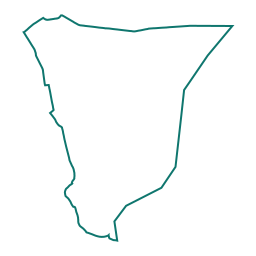 Nasr City, Al Qahirah, Egypt
{"feature_id": "37247803B64528254011318", "entity_name": "Nasr City", "entity_type": "district", "adm_level": 2, "iso_a3": "EGY", "parent_name": "Egypt", "parent_adm1": "Al Qahirah", "projection": "robinson", "projection_center": [31.337, 30.032], "detail": "fine", "context": "isolated", "style": "outline", "palette": "teal", "viewbox_px": 256, "rotation_deg": 0, "n_neighbors": 0, "source": "geoboundaries", "source_scale": "gbopen_adm2", "svg_char_len": 4454}
<svg xmlns="http://www.w3.org/2000/svg" viewBox="0 0 256 256"><path d="M86.5,232.4L88.6,233.0L89.6,233.4L91.9,234.2L93.6,234.9L94.6,235.3L95.6,235.7L97.7,236.3L99.5,236.7L101.7,236.9L103.0,236.8L103.8,236.8L104.9,236.6L105.7,236.4L106.5,236.2L107.5,235.8L108.3,235.5L108.6,235.2L108.6,235.7L108.8,236.1L108.9,236.5L109.0,237.4L109.3,238.0L109.5,238.4L113.4,240.1L115.9,240.3L117.2,240.6L114.4,221.4L126.1,205.8L161.4,187.8L175.5,166.9L181.4,114.7L184.1,90.0L188.8,83.2L207.7,55.5L232.3,26.0L189.8,25.8L187.4,26.0L185.7,26.1L182.8,26.3L180.0,26.5L176.9,26.7L174.1,26.9L169.2,27.2L166.3,27.5L162.4,27.7L159.5,27.9L155.7,28.2L153.2,28.3L150.5,28.5L149.3,28.6L148.9,28.6L148.5,28.7L147.6,29.0L145.6,29.3L142.8,29.9L140.9,30.3L138.4,30.7L136.5,31.1L134.8,31.4L134.1,31.4L133.6,31.4L132.6,31.3L131.5,31.1L130.0,31.0L126.6,30.6L124.9,30.4L121.5,30.0L117.4,29.5L113.7,29.1L112.1,28.9L109.3,28.5L109.1,28.5L107.7,28.4L105.3,28.3L105.1,28.3L104.8,28.2L102.4,27.9L99.2,27.6L95.6,27.1L91.5,26.6L84.2,25.8L84.1,25.7L83.0,25.6L80.1,25.3L79.1,25.0L78.3,24.7L77.4,24.2L76.9,23.9L74.3,22.5L72.8,21.5L72.5,21.4L72.2,21.2L71.9,21.0L71.7,20.9L71.2,20.6L68.8,19.2L66.2,17.7L65.4,17.2L64.9,16.9L64.4,16.6L63.3,16.0L63.1,15.9L62.2,15.4L61.9,15.4L61.7,15.4L61.4,15.4L61.0,15.4L60.9,15.5L60.7,15.8L60.5,16.0L60.4,16.2L60.3,16.3L60.1,16.6L59.9,16.8L59.7,17.0L59.4,17.3L59.2,17.5L58.8,17.8L58.7,17.8L58.5,18.0L58.4,18.0L58.2,18.1L57.9,18.2L57.7,18.3L57.2,18.4L56.9,18.4L56.8,18.5L56.7,18.5L56.0,18.6L55.7,18.6L55.4,18.7L55.1,18.7L54.9,18.7L54.7,18.8L54.2,18.8L53.8,18.9L53.5,19.0L53.3,19.0L53.0,19.0L52.7,19.1L52.2,19.1L51.8,19.2L51.5,19.3L51.3,19.3L51.1,19.3L50.9,19.3L50.6,19.4L50.3,19.4L50.1,19.5L49.8,19.5L49.7,19.5L49.4,19.6L49.2,19.6L48.9,19.7L48.7,19.7L48.4,19.7L48.0,19.8L47.9,19.8L47.7,19.8L47.4,19.8L47.2,19.8L46.9,19.8L46.7,19.7L46.4,19.7L46.2,19.6L45.8,19.5L45.7,19.5L45.6,19.4L45.4,19.4L45.2,19.3L45.1,19.2L44.9,19.1L44.7,19.0L44.6,18.9L44.4,18.8L44.3,18.7L44.2,18.6L43.8,18.4L43.6,18.2L43.4,18.1L43.2,17.9L39.8,20.0L38.3,21.0L36.1,22.5L33.8,23.9L33.5,24.1L32.5,24.9L31.1,26.1L30.8,26.3L30.3,26.8L29.4,27.5L27.9,28.9L27.1,29.7L26.3,30.3L25.5,31.0L24.3,32.0L23.7,32.2L25.2,34.6L26.0,35.9L27.1,37.7L27.7,38.5L28.2,39.4L28.6,40.0L29.0,40.7L29.3,41.1L29.5,41.5L29.8,41.9L30.0,42.3L30.3,42.7L30.8,43.6L32.5,46.3L33.1,47.2L33.6,48.0L34.1,48.9L34.2,49.0L34.3,49.1L34.4,49.3L34.5,49.5L34.8,50.3L34.9,50.7L35.1,51.2L35.2,51.6L35.4,52.1L35.5,52.6L35.6,52.9L35.7,53.0L35.7,53.3L35.8,53.5L35.8,53.8L35.8,54.0L35.9,54.8L35.9,55.1L36.0,55.3L36.0,55.6L36.1,55.8L36.2,56.0L36.3,56.3L36.4,56.6L36.5,56.7L36.6,56.9L39.6,62.9L42.1,67.8L42.2,68.1L42.3,68.2L42.4,68.4L42.4,68.5L42.5,68.7L42.5,68.8L42.6,69.0L42.7,69.3L42.8,69.5L42.8,69.8L42.9,70.0L42.9,70.3L43.0,70.5L43.0,71.0L43.1,71.5L43.1,71.9L44.7,83.7L44.7,83.9L44.8,84.1L44.9,84.4L44.9,84.5L45.0,84.8L45.0,85.0L45.1,85.3L48.7,85.0L49.2,87.5L49.4,88.7L49.6,89.4L50.2,92.4L51.0,96.8L51.6,100.1L51.9,101.7L52.2,103.1L52.3,103.6L52.4,104.0L52.8,105.8L53.1,107.7L53.1,108.0L53.3,108.5L53.4,109.0L53.4,109.3L53.5,109.5L53.6,109.9L53.6,110.0L52.8,110.8L50.1,113.0L51.5,114.7L52.6,116.1L53.0,116.6L53.4,117.2L53.8,117.7L54.2,118.2L54.3,118.4L54.5,118.6L54.6,118.8L54.9,119.2L55.1,119.5L55.4,120.1L55.7,120.8L56.0,121.6L56.2,121.9L56.5,122.5L56.8,122.8L56.9,123.0L57.4,123.7L57.5,123.9L57.8,124.2L58.0,124.5L58.4,124.9L58.5,125.0L58.7,125.3L58.8,125.4L59.0,125.4L59.2,125.6L59.5,125.8L60.4,126.3L60.5,126.4L60.8,126.5L61.0,126.6L61.2,126.8L61.4,126.9L61.5,127.0L61.8,127.3L61.9,127.5L62.0,127.6L62.0,127.8L62.1,128.2L62.3,129.0L62.5,129.6L62.6,130.0L62.8,130.9L62.9,131.2L63.2,133.2L63.8,135.8L64.1,137.5L64.5,139.5L64.9,141.1L66.1,146.3L69.2,158.3L69.2,158.7L69.4,159.5L69.6,160.5L71.5,164.7L71.9,165.7L72.4,166.5L72.9,167.4L73.6,169.2L74.2,172.1L74.4,173.0L74.4,173.7L74.4,174.1L74.5,175.9L74.4,176.8L74.3,177.6L74.3,178.6L73.9,179.3L73.0,180.5L72.7,180.8L72.2,181.7L72.0,182.4L71.9,182.9L71.8,183.1L71.9,183.3L72.2,183.6L71.9,183.9L71.2,184.4L70.3,184.9L69.7,185.3L69.0,186.0L68.1,187.0L67.4,187.7L66.2,188.7L65.7,189.5L65.6,189.8L65.3,190.6L65.1,191.1L65.0,191.7L64.9,192.3L64.9,192.7L65.1,193.7L65.2,194.6L65.6,196.1L68.3,198.5L70.4,201.6L71.4,203.9L72.2,205.3L73.3,206.8L74.2,206.9L74.6,206.9L75.1,207.4L75.6,208.9L76.3,211.9L77.5,215.2L78.1,217.8L78.1,218.9L78.3,220.2L78.2,220.8L78.3,222.1L78.6,223.5L79.1,224.3L79.5,225.4L80.0,226.0L80.3,226.3L83.3,228.6L85.4,230.8L86.5,232.4Z" fill="none" stroke="#0f766e" stroke-width="2"/></svg>